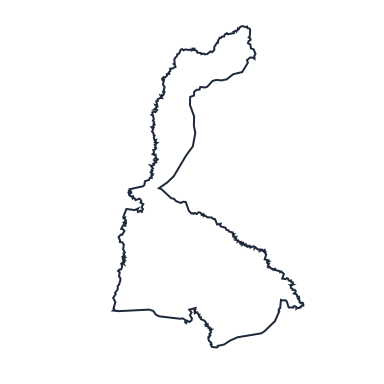 Dong Charoen, Phichit, Thailand (Robinson projection), rotated 262°
{"feature_id": "78962969B92900042333886", "entity_name": "Dong Charoen", "entity_type": "district", "adm_level": 2, "iso_a3": "THA", "parent_name": "Thailand", "parent_adm1": "Phichit", "projection": "robinson", "projection_center": [100.63, 16.0], "detail": "fine", "context": "isolated", "style": "outline", "palette": "slate", "viewbox_px": 384, "rotation_deg": 262, "n_neighbors": 0, "source": "geoboundaries", "source_scale": "gbopen_adm2", "svg_char_len": 6038}
<svg xmlns="http://www.w3.org/2000/svg" viewBox="0 0 384 384"><g transform="rotate(262 192 192)"><path d="M61.7,261.8L62.4,261.2L64.4,262.1L64.6,263.1L72.8,265.1L71.9,267.0L72.0,269.1L70.4,270.6L64.2,271.7L63.5,276.2L64.6,276.6L64.7,277.7L63.6,279.3L62.0,279.1L62.6,280.0L62.1,281.7L62.9,282.8L62.6,283.6L64.2,284.6L64.0,286.0L64.7,285.7L65.3,286.7L67.0,286.1L66.9,284.1L68.0,283.1L69.1,283.6L71.7,282.2L71.8,283.3L73.5,283.3L73.9,281.6L76.0,281.4L77.3,278.8L78.8,280.8L79.8,280.9L80.9,279.9L81.0,278.0L82.2,278.0L83.2,276.6L85.4,276.7L85.7,277.5L86.2,276.8L86.4,279.2L86.8,278.4L88.4,279.3L89.2,277.8L90.5,277.7L90.1,276.9L91.2,275.3L92.7,275.2L93.5,274.0L92.7,272.5L93.7,269.3L98.1,271.6L100.9,269.2L100.3,268.1L101.5,267.7L103.2,263.4L104.2,263.6L103.7,261.9L104.5,262.0L104.8,260.1L106.2,259.1L106.8,257.0L107.6,257.9L108.5,256.8L110.3,258.2L111.3,256.6L112.6,256.7L112.7,258.3L113.2,257.6L113.7,258.1L115.2,254.6L119.8,256.8L122.0,255.5L122.4,256.3L123.3,255.0L123.4,255.9L124.6,255.9L124.0,253.5L125.2,253.1L124.1,250.8L125.7,251.1L126.0,249.0L128.2,247.4L127.5,246.2L128.7,246.7L129.7,245.5L129.1,243.4L130.3,241.9L129.5,241.6L130.8,241.0L129.9,239.5L131.0,238.0L131.7,238.7L132.8,238.0L132.3,236.9L133.5,236.2L132.8,236.1L133.4,235.5L132.7,234.5L134.2,234.6L133.8,233.6L134.7,233.8L134.6,232.9L135.7,233.3L135.6,232.1L137.3,231.2L136.7,230.3L137.6,230.5L138.4,228.8L138.5,229.4L140.2,229.1L140.5,228.2L141.2,229.0L141.1,227.7L142.2,227.7L142.3,226.6L144.2,226.7L144.6,227.7L145.2,226.4L146.2,226.7L147.7,223.1L148.8,222.9L149.8,220.8L152.0,220.2L153.8,215.9L155.2,215.1L156.6,215.9L156.3,212.4L162.0,211.0L162.3,209.3L164.0,208.0L164.8,203.7L166.8,201.6L166.5,200.4L167.5,200.6L167.7,198.9L168.5,199.4L168.3,198.5L170.5,197.3L171.0,195.6L169.5,193.6L170.8,192.1L170.2,190.4L170.9,190.0L170.8,188.5L173.7,186.3L183.0,184.4L183.6,181.8L182.7,179.5L185.0,175.1L187.9,173.1L188.7,170.6L199.1,162.1L200.3,159.8L204.9,168.8L210.1,176.1L229.4,191.6L237.1,199.2L250.1,203.5L257.4,203.1L266.6,204.6L278.4,202.1L286.4,203.4L287.3,207.5L291.0,208.1L292.6,211.1L292.3,213.6L294.8,214.8L293.7,219.5L294.1,221.8L299.1,227.7L299.6,231.7L298.4,236.8L298.8,242.2L302.9,249.2L303.8,258.4L312.2,265.3L314.9,264.8L317.1,268.3L316.6,270.9L315.2,272.4L318.1,272.7L320.0,274.1L324.8,272.8L326.0,270.3L330.0,270.3L331.5,268.2L333.3,268.8L334.6,271.2L336.0,271.1L337.2,269.7L338.3,270.9L344.6,272.2L345.8,271.7L346.6,269.8L348.0,269.6L347.7,268.9L349.3,264.6L348.7,262.6L346.9,261.1L347.6,260.3L345.7,259.6L345.6,258.2L344.9,258.1L345.5,257.5L344.8,255.3L343.5,255.6L343.3,249.1L344.4,248.7L343.4,246.3L341.6,245.5L341.6,243.1L340.5,242.0L340.9,241.0L338.4,239.0L336.2,238.5L336.4,237.6L332.6,234.3L329.5,233.8L327.6,231.3L328.7,229.8L326.5,226.4L326.6,223.5L327.5,222.9L327.2,220.4L328.3,220.2L329.3,216.6L330.6,216.7L332.7,214.1L333.6,214.4L333.8,213.4L332.7,213.3L333.2,212.7L332.5,212.7L332.3,211.3L333.2,211.6L333.2,208.1L334.1,205.2L333.5,203.3L334.9,202.2L334.4,200.5L331.1,198.7L330.5,196.6L329.2,196.4L326.1,193.0L321.7,192.7L321.3,191.7L320.2,192.8L318.2,193.1L316.9,189.0L317.2,187.6L314.7,187.2L313.5,185.5L312.2,185.9L312.2,183.5L310.9,183.6L310.0,182.4L309.2,181.3L309.7,180.1L308.0,179.6L309.1,179.1L308.3,178.1L306.9,178.4L306.7,179.8L302.5,178.2L299.6,179.5L295.0,177.3L294.5,177.7L295.3,178.6L294.8,178.7L291.9,177.0L292.3,175.9L291.0,175.5L291.7,174.4L289.2,175.3L289.7,173.9L288.7,171.3L288.0,170.5L286.9,170.8L286.7,169.2L282.3,169.7L283.1,168.0L281.0,169.1L279.1,166.1L279.1,167.6L278.0,168.8L276.2,166.9L276.9,165.5L276.3,163.8L274.4,163.8L274.0,162.8L273.0,164.0L269.4,164.3L268.2,163.2L266.4,164.3L264.8,163.3L263.8,164.3L262.6,162.6L261.7,162.9L261.8,161.0L259.8,162.4L257.3,160.8L256.2,161.9L253.5,162.0L253.1,162.8L251.3,161.8L248.5,162.1L248.6,163.6L246.4,162.2L245.6,164.4L244.0,161.7L243.1,162.5L241.2,161.5L240.4,162.6L239.1,161.3L239.0,159.6L235.9,159.8L234.9,158.3L233.8,160.0L234.0,161.1L231.4,161.1L230.2,159.8L230.1,161.5L229.1,162.6L227.8,160.8L228.0,159.4L226.3,160.5L225.5,157.7L224.1,158.2L223.5,155.9L224.0,154.7L220.8,156.6L219.4,155.0L218.4,155.8L217.3,153.9L215.4,155.7L215.1,154.5L213.9,155.1L213.3,153.8L211.6,154.1L211.8,152.3L209.9,151.0L209.2,146.9L205.5,145.8L204.5,144.2L203.4,130.7L202.6,131.1L201.8,129.5L201.0,129.5L200.6,131.7L199.7,131.8L199.7,129.4L198.7,130.1L198.2,129.3L196.7,130.0L196.2,131.9L194.2,132.3L195.0,133.0L194.0,133.0L193.8,134.2L191.9,135.0L192.7,139.1L191.7,139.9L190.0,140.6L188.6,139.5L186.8,142.1L184.0,140.0L181.8,141.1L180.2,139.5L178.5,139.9L180.7,138.4L179.6,135.8L181.9,135.3L183.1,136.3L182.1,132.8L184.3,124.7L176.8,120.5L175.6,120.5L175.9,122.0L175.0,121.5L173.0,122.6L172.1,121.3L171.1,122.5L169.9,122.2L170.6,120.2L167.9,121.1L168.4,118.9L165.3,116.8L164.9,118.3L163.0,119.7L159.4,117.0L159.8,115.8L157.6,113.0L154.2,114.0L152.6,113.6L151.8,116.0L149.3,117.2L144.9,115.8L141.5,117.1L140.7,115.6L138.9,116.3L138.2,115.2L138.0,116.4L137.1,116.5L136.9,115.6L136.5,116.4L135.7,114.2L134.6,114.4L134.3,115.7L132.9,114.4L132.7,115.7L131.0,114.1L130.1,114.4L131.1,113.2L130.9,112.0L127.9,112.5L125.2,111.1L125.3,109.4L124.1,107.8L122.6,109.2L118.3,108.0L116.7,109.1L114.6,108.8L110.3,106.8L109.2,105.4L106.0,104.9L102.7,101.7L101.4,102.2L98.1,99.2L93.6,100.8L87.7,98.1L86.6,98.7L85.6,97.3L84.2,102.9L81.5,133.2L79.6,137.1L75.5,139.2L73.4,142.4L68.2,162.3L68.1,165.3L65.9,167.8L64.0,167.1L63.0,168.0L65.2,169.4L63.6,171.4L65.0,173.7L66.7,174.3L70.3,172.8L72.7,174.8L75.9,172.9L76.6,179.4L75.0,178.9L75.2,178.0L72.2,177.9L72.8,178.5L71.9,178.8L72.2,180.3L69.6,181.4L69.6,182.3L67.6,181.7L66.5,182.5L66.7,183.3L64.9,183.1L62.7,186.6L60.2,187.9L59.1,187.0L58.9,188.2L58.1,187.7L58.4,188.8L57.1,188.2L57.0,189.3L55.2,189.4L55.2,190.6L53.6,190.5L53.9,191.6L53.1,191.5L53.0,192.3L52.0,190.9L50.3,191.3L49.0,189.5L47.5,190.2L46.6,188.5L46.0,189.0L44.9,187.7L42.1,188.2L40.2,189.9L38.4,190.2L38.4,189.3L35.9,190.1L34.7,194.0L34.7,195.6L36.0,196.0L36.5,202.6L39.6,209.1L41.8,216.9L42.4,241.0L44.2,244.7L52.6,256.2L61.7,261.8Z" fill="none" stroke="#1e293b" stroke-width="2"/></g></svg>